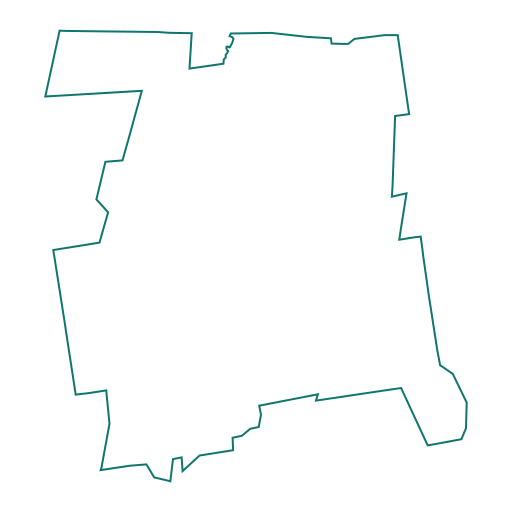 outline of Hartford, Connecticut, United States of America
{"feature_id": "52423323B68232654856936", "entity_name": "Hartford", "entity_type": "district", "adm_level": 2, "iso_a3": "USA", "parent_name": "United States of America", "parent_adm1": "Connecticut", "projection": "albers", "projection_center": [-72.721, 41.792], "detail": "fine", "context": "isolated", "style": "outline", "palette": "teal", "viewbox_px": 512, "rotation_deg": 0, "n_neighbors": 0, "source": "geoboundaries", "source_scale": "gbopen_adm2", "svg_char_len": 1229}
<svg xmlns="http://www.w3.org/2000/svg" viewBox="0 0 512 512"><path d="M397.7,35.1L384.9,35.1L368.2,37.2L354.4,38.9L348.2,43.9L342.9,43.9L331.6,43.6L330.9,38.3L307.0,36.9L271.3,32.9L230.8,33.5L229.6,36.1L232.3,37.2L233.5,38.9L232.0,43.3L229.7,47.4L229.2,47.4L227.6,46.5L226.5,46.8L226.4,48.4L227.0,49.9L228.1,51.0L227.1,53.2L225.7,54.8L225.7,57.6L223.8,59.4L223.4,63.7L217.9,64.5L189.5,68.6L191.7,33.2L169.0,32.8L157.8,32.0L157.7,32.0L79.7,31.1L65.8,30.9L59.6,30.7L45.3,96.5L141.8,90.8L128.9,137.7L122.5,160.4L105.4,161.8L96.4,199.4L108.1,212.3L99.5,242.6L53.3,250.0L65.3,326.4L65.5,328.1L75.7,394.6L88.9,393.1L106.2,390.4L109.5,423.7L101.5,467.5L100.7,470.1L129.9,465.7L130.1,465.7L146.4,464.4L154.2,477.4L164.5,479.8L170.3,481.3L173.0,459.1L181.6,457.4L182.6,471.1L199.6,455.5L233.1,450.2L232.6,437.8L242.0,435.7L250.2,428.8L258.7,427.0L261.0,414.8L259.2,405.7L317.8,394.3L316.0,400.6L374.7,391.9L401.1,388.0L427.7,445.4L453.5,440.7L461.4,439.2L466.0,428.2L466.7,402.6L452.8,373.9L440.1,365.2L437.2,349.8L431.8,314.7L429.2,298.1L423.3,256.7L422.5,250.1L420.7,236.6L414.4,237.3L399.3,239.7L400.7,230.0L406.5,193.3L391.9,196.7L392.6,184.9L395.1,116.0L409.1,114.1L397.7,35.1Z" fill="none" stroke="#0f766e" stroke-width="2"/></svg>